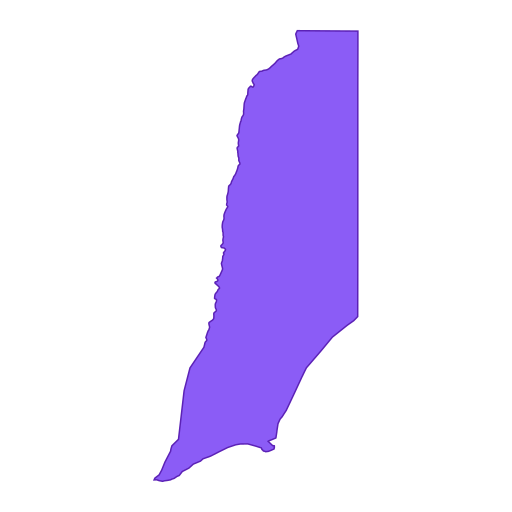 Albardón, San Juan, Argentina
{"feature_id": "61730980B78651805295457", "entity_name": "Albardón", "entity_type": "district", "adm_level": 2, "iso_a3": "ARG", "parent_name": "Argentina", "parent_adm1": "San Juan", "projection": "robinson", "projection_center": [-68.511, -31.217], "detail": "fine", "context": "isolated", "style": "filled", "palette": "violet", "viewbox_px": 512, "rotation_deg": 0, "n_neighbors": 0, "source": "geoboundaries", "source_scale": "gbopen_adm2", "svg_char_len": 5441}
<svg xmlns="http://www.w3.org/2000/svg" viewBox="0 0 512 512"><path d="M274.3,445.8L273.9,445.7L273.5,445.7L273.1,445.7L272.9,445.7L272.7,445.6L272.3,445.3L270.2,443.3L268.3,441.5L268.1,441.4L268.2,441.2L268.3,441.2L269.0,440.8L269.2,440.7L269.6,440.5L271.0,440.0L272.7,439.3L275.8,438.0L275.9,437.9L276.8,432.0L276.9,430.9L278.0,423.7L279.5,420.4L279.9,419.4L280.4,418.8L281.7,417.2L281.9,417.1L283.5,414.6L284.3,413.3L284.8,412.6L286.3,410.3L286.4,410.1L286.5,409.8L289.5,403.5L291.9,398.4L295.1,391.6L302.3,376.1L302.6,375.7L302.7,375.3L303.1,374.5L304.6,371.4L306.4,367.8L320.9,351.0L332.4,337.1L347.3,325.2L353.7,320.7L357.7,316.6L357.8,242.3L357.8,203.1L357.8,163.9L357.8,85.5L357.9,46.3L357.9,31.1L297.3,30.7L296.0,33.4L295.8,34.0L295.8,34.4L297.7,42.8L297.8,43.2L297.9,43.7L298.2,44.5L298.6,45.7L298.7,46.3L298.2,47.8L297.8,49.0L297.4,49.4L296.2,50.1L295.4,50.4L294.8,50.8L294.0,51.3L293.0,52.2L291.6,53.4L291.2,53.9L290.8,54.1L286.2,55.9L285.7,56.1L285.3,56.3L284.8,56.6L284.5,56.8L284.1,57.0L283.8,57.2L283.2,57.7L282.8,58.1L282.4,58.3L281.9,58.4L281.4,58.6L280.0,58.8L279.6,58.9L279.1,59.2L278.6,59.5L277.9,60.1L277.1,60.8L275.3,62.9L274.8,63.5L274.4,63.8L274.0,64.2L273.4,64.7L272.9,65.2L272.3,65.6L271.8,66.1L271.1,66.7L270.3,67.6L269.5,68.2L269.2,68.5L268.8,68.8L268.3,69.1L267.3,69.6L266.6,69.9L265.5,70.1L264.6,70.2L263.9,70.3L263.2,70.5L261.9,71.2L259.7,71.4L259.2,71.7L257.5,74.2L257.0,74.7L256.7,75.0L256.0,75.5L255.0,76.6L254.2,77.4L253.5,78.2L252.9,78.9L252.6,79.5L252.3,80.0L252.2,80.6L252.2,81.0L252.4,81.4L253.2,83.1L253.3,83.5L253.6,83.9L254.0,84.2L254.2,84.7L254.0,85.4L253.6,86.4L253.3,86.8L252.8,87.2L252.2,87.0L251.9,86.7L251.6,86.5L251.3,86.3L250.9,86.2L250.5,86.2L250.2,86.6L248.5,88.4L248.1,89.4L247.8,93.1L247.8,94.4L247.5,95.3L246.8,96.0L246.5,96.9L246.2,97.9L245.9,98.4L244.4,102.7L244.2,103.9L244.1,105.2L244.0,106.8L243.9,108.5L243.8,109.4L243.6,110.6L243.5,111.3L243.6,112.2L243.6,113.5L243.6,114.1L243.4,114.8L243.0,115.6L242.5,116.3L242.1,116.8L241.9,117.2L241.5,118.4L241.2,119.6L241.2,120.1L241.1,120.6L241.0,121.0L240.7,121.5L240.5,121.9L240.4,122.5L239.9,124.1L239.6,125.4L239.4,127.1L239.3,128.3L239.1,130.2L239.0,131.3L238.8,132.7L238.6,133.3L238.0,134.0L237.6,134.5L237.3,135.0L237.0,135.6L237.3,136.4L238.2,138.0L238.7,139.5L238.6,140.8L238.3,142.6L238.3,143.8L238.6,145.4L238.5,146.3L237.3,147.4L237.1,148.2L237.5,150.1L237.8,151.1L237.8,152.7L238.0,153.6L238.0,154.4L238.1,155.6L238.2,156.4L238.8,158.0L238.8,158.9L238.8,160.6L239.2,161.5L239.9,163.1L239.9,164.1L238.6,165.3L238.1,166.1L237.8,167.8L237.5,168.9L236.9,170.7L236.3,172.1L235.8,173.5L235.5,174.1L234.6,175.6L233.8,176.5L233.2,178.3L232.8,179.2L232.0,180.7L231.5,181.7L231.1,183.3L230.6,184.2L229.3,185.5L228.7,186.1L228.5,187.8L228.4,188.9L228.3,190.8L228.2,191.8L227.9,193.2L227.6,194.3L227.0,196.1L226.9,197.2L226.9,198.7L226.9,199.7L227.1,201.4L227.2,202.1L226.7,203.9L226.6,205.0L227.6,206.1L227.8,206.8L226.9,208.2L226.2,209.3L225.4,211.1L224.8,212.5L224.3,213.9L224.0,214.9L223.9,216.3L224.0,217.3L224.0,218.7L223.8,219.7L223.2,221.0L222.9,221.5L222.6,222.6L222.3,224.6L222.2,226.1L222.2,227.3L222.5,229.0L222.6,230.0L222.7,231.6L223.1,232.4L223.1,234.3L223.1,235.3L223.5,236.8L223.2,238.0L222.9,239.6L222.9,240.8L223.2,242.3L222.9,243.5L221.8,244.8L221.0,245.5L220.8,246.1L221.0,246.7L221.3,247.3L221.6,247.6L223.5,247.9L224.3,248.1L225.5,249.3L225.3,250.3L224.5,251.6L223.9,252.2L223.6,252.4L223.5,253.2L223.9,253.8L223.9,254.5L223.3,255.5L222.8,256.3L222.7,257.3L222.7,258.2L222.5,259.3L222.4,260.8L221.9,261.9L221.4,263.4L221.6,264.5L222.0,266.2L222.3,267.3L222.5,268.3L222.6,268.9L222.3,270.0L220.5,274.0L220.1,274.9L219.2,276.4L218.1,276.8L217.6,277.0L217.3,277.3L217.0,277.8L216.6,278.1L217.1,278.6L217.4,279.0L217.8,279.7L217.9,280.2L217.8,280.6L217.6,280.9L216.6,281.6L216.0,281.7L215.4,281.9L215.0,282.3L215.0,283.0L215.3,283.5L216.1,284.1L217.5,285.4L218.3,286.1L219.3,287.3L219.5,287.8L219.5,288.3L218.2,289.5L217.8,290.2L217.5,291.1L217.2,291.6L216.5,292.4L215.5,293.6L215.0,294.7L214.7,296.6L214.6,297.8L214.5,298.1L214.7,298.5L215.3,299.0L216.0,299.2L216.4,299.5L216.6,300.0L216.5,300.6L216.3,301.9L215.5,303.3L215.2,304.9L215.3,305.8L215.3,307.0L215.4,307.6L215.6,308.3L215.9,308.9L216.3,309.5L216.4,310.2L216.1,311.1L215.5,311.6L214.4,312.5L214.0,312.9L213.8,313.6L213.8,314.5L213.9,315.9L213.8,318.2L213.5,319.0L212.3,320.3L211.4,320.8L209.9,321.9L209.4,322.2L209.0,322.6L208.9,323.2L208.9,323.8L209.1,324.9L209.5,326.5L209.6,327.4L209.1,329.0L208.9,329.8L208.3,330.6L208.1,331.0L207.4,332.8L206.6,335.3L206.0,337.1L205.9,337.5L206.1,338.0L206.6,339.1L206.8,339.9L206.8,340.2L206.6,340.6L206.4,340.9L205.7,341.6L205.2,342.2L204.8,343.5L204.6,344.5L204.4,345.3L203.9,347.3L190.0,367.9L184.8,388.0L184.1,390.8L178.5,439.3L171.9,445.8L170.9,449.2L170.6,451.2L168.1,456.0L164.9,462.2L161.7,470.1L159.1,474.9L154.9,478.1L154.7,478.5L154.1,479.9L156.7,479.8L157.6,480.1L159.0,480.6L162.6,481.3L164.3,480.8L167.5,480.4L170.6,479.8L171.9,479.1L174.1,478.4L177.0,476.4L179.2,475.5L182.3,471.5L188.9,468.1L193.3,464.1L200.5,461.1L203.0,458.8L210.6,456.1L218.4,452.1L227.7,447.5L235.7,444.8L240.2,444.0L247.8,443.9L255.7,446.1L261.3,447.9L261.7,448.7L261.8,449.2L262.0,449.6L262.4,449.7L262.8,450.2L263.1,450.7L263.5,451.0L264.1,451.2L264.7,451.2L265.2,451.5L265.6,451.7L268.3,451.4L270.9,450.4L274.0,449.0L274.2,447.6L274.3,447.7L274.4,447.2L274.3,445.8Z" fill="#8b5cf6" stroke="#5b21b6" stroke-width="1.5"/></svg>